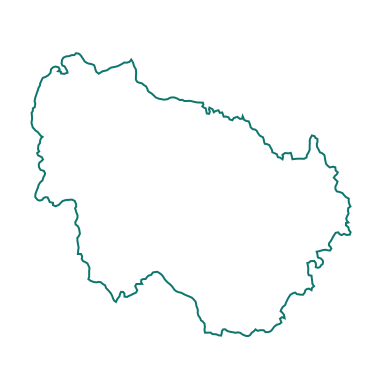 Bambuí, Minas Gerais, Brazil, rotated 265°
{"feature_id": "56859067B81413101351729", "entity_name": "Bambuí", "entity_type": "district", "adm_level": 2, "iso_a3": "BRA", "parent_name": "Brazil", "parent_adm1": "Minas Gerais", "projection": "albers", "projection_center": [-45.998, -20.124], "detail": "fine", "context": "isolated", "style": "outline", "palette": "teal", "viewbox_px": 384, "rotation_deg": 265, "n_neighbors": 0, "source": "geoboundaries", "source_scale": "gbopen_adm2", "svg_char_len": 5910}
<svg xmlns="http://www.w3.org/2000/svg" viewBox="0 0 384 384"><g transform="rotate(265 192 192)"><path d="M316.1,51.7L313.4,50.2L311.4,49.8L309.1,48.2L306.5,47.2L304.1,46.0L301.6,45.0L299.9,44.2L298.0,43.6L296.2,43.1L294.1,43.6L292.3,43.3L290.1,42.6L289.2,40.8L286.4,40.4L284.8,39.1L282.2,39.2L278.8,39.1L276.9,38.6L274.7,38.1L272.3,38.6L270.1,39.0L268.5,40.4L266.9,41.4L265.3,43.5L262.9,45.1L261.1,46.3L259.9,47.9L258.4,46.0L256.1,45.1L254.0,44.8L252.2,43.2L250.0,42.6L247.8,42.4L245.7,43.3L244.3,41.1L242.1,41.7L240.8,43.7L239.7,45.5L237.3,46.4L235.9,44.7L234.8,42.8L233.1,41.8L230.1,41.7L227.3,43.0L225.9,46.3L223.1,47.3L221.4,46.5L219.5,45.2L216.5,44.0L214.9,41.7L212.5,39.9L209.6,38.8L207.3,37.6L203.8,35.9L200.7,35.4L198.8,36.6L197.3,37.9L196.7,39.8L197.3,42.2L198.9,43.5L199.6,45.7L199.2,47.7L196.8,48.6L194.4,49.4L193.3,52.6L191.0,52.4L189.7,54.8L190.8,58.3L192.6,60.2L194.3,62.3L195.0,65.8L194.9,69.5L194.9,71.8L193.3,74.4L189.9,75.5L187.5,75.4L186.0,74.1L184.0,74.6L181.3,75.1L178.9,75.9L176.4,75.7L174.0,74.4L172.2,73.1L169.8,73.2L167.9,75.3L165.4,76.3L160.2,76.7L157.8,75.3L156.3,73.8L153.3,73.6L150.1,73.9L146.4,74.2L143.6,73.5L140.2,72.9L139.9,76.0L137.6,77.0L134.9,76.3L132.6,77.5L131.5,79.5L130.0,81.6L127.3,82.6L125.0,83.3L122.7,82.7L116.8,82.2L114.2,81.2L112.4,83.3L110.9,86.2L110.3,89.0L110.6,91.2L110.0,93.4L107.9,95.4L106.6,97.3L103.9,98.0L100.6,100.6L97.8,102.5L95.2,103.5L92.7,104.1L90.6,105.0L89.1,106.7L92.2,108.5L94.3,110.6L96.7,111.4L98.7,112.6L98.4,114.7L96.9,115.8L93.7,115.6L93.1,118.2L94.0,120.0L94.5,121.9L95.6,124.3L96.5,127.3L98.8,128.9L101.4,127.9L103.2,127.2L105.2,128.6L105.0,131.4L104.8,134.3L106.9,133.4L109.0,133.9L109.5,135.9L109.4,138.2L111.3,139.9L112.5,141.4L113.0,144.1L115.2,146.0L115.5,148.3L115.5,150.5L114.4,152.1L112.4,154.4L110.1,156.0L108.2,156.8L106.3,158.0L104.0,159.9L101.4,162.6L99.0,164.4L96.2,165.9L94.4,167.8L93.3,170.1L92.5,172.7L90.6,175.4L89.4,177.7L88.4,179.6L86.8,182.6L84.9,184.3L82.4,186.0L80.1,186.4L78.1,186.4L75.9,187.2L73.3,187.5L71.3,187.1L68.5,187.5L65.8,189.1L63.4,189.7L62.1,191.4L59.6,193.0L56.4,193.1L53.6,192.4L50.7,192.7L50.5,196.0L50.3,198.4L48.7,199.9L48.1,203.8L46.9,206.2L46.4,208.4L48.5,209.3L50.6,209.6L52.4,211.0L52.3,213.2L50.4,215.1L49.2,218.5L48.5,221.4L47.9,223.2L48.2,225.5L47.5,227.8L45.8,229.7L44.0,233.0L43.6,235.4L44.3,237.3L46.5,239.1L47.9,241.5L49.6,243.3L48.0,245.2L48.4,248.4L48.0,251.4L46.0,253.0L45.8,255.6L46.3,257.8L47.5,259.5L49.2,260.9L50.8,262.4L52.4,264.9L52.9,267.7L54.2,269.7L56.3,269.1L58.1,268.6L59.5,270.7L58.2,273.3L61.6,272.9L64.1,271.4L65.4,269.9L67.3,270.7L69.6,272.4L71.3,275.0L73.0,275.7L75.0,276.8L77.1,278.1L79.0,279.4L81.1,281.1L82.5,284.2L82.8,286.1L81.2,287.5L80.3,291.0L80.0,293.7L82.0,295.5L84.2,296.3L85.5,298.2L85.4,300.4L83.8,302.5L85.9,303.1L87.5,305.4L89.7,304.0L93.5,303.9L96.1,303.8L98.2,303.8L99.0,301.0L101.2,300.6L103.6,300.9L106.0,301.2L108.5,301.0L111.2,300.7L111.6,302.6L112.8,304.1L112.7,307.7L110.5,309.1L108.5,309.1L106.3,308.8L105.5,310.9L106.1,312.9L107.7,314.1L108.9,315.9L110.9,316.5L112.7,316.1L114.6,314.5L115.8,311.7L118.9,311.5L121.7,311.0L121.9,313.4L122.4,315.7L122.8,317.9L122.8,320.2L122.0,322.4L121.7,324.5L123.5,325.9L125.3,325.1L126.9,323.7L129.0,324.1L130.5,325.5L132.6,327.1L135.1,328.6L137.1,330.2L138.8,331.5L139.1,334.1L137.1,335.4L136.0,337.3L137.1,339.8L135.8,342.0L135.7,345.4L138.1,346.5L140.5,345.0L143.3,344.7L145.4,342.4L147.7,342.7L148.0,345.1L150.0,343.7L152.2,343.3L154.3,344.4L156.9,346.1L159.5,345.7L162.3,346.2L163.8,348.6L165.5,347.9L167.3,347.4L169.4,347.3L171.8,347.6L173.5,344.9L175.5,343.3L177.8,341.8L179.1,339.1L180.0,336.3L182.5,335.1L185.1,335.4L187.2,336.8L189.8,337.9L191.7,336.2L193.9,334.5L195.7,335.9L196.8,337.6L198.9,339.0L200.8,337.0L204.2,336.9L204.9,334.6L204.5,331.4L206.2,329.6L208.4,328.0L211.3,327.6L214.2,327.4L217.3,327.1L219.1,325.3L220.4,322.9L223.5,321.7L226.2,320.5L229.1,320.5L231.4,321.5L234.1,321.5L235.0,319.7L236.9,319.0L237.9,316.4L234.9,314.4L232.8,313.7L230.7,313.7L228.8,313.3L226.3,313.1L223.8,312.9L221.5,311.7L218.8,309.7L216.4,309.1L215.3,306.5L215.6,304.3L215.9,301.6L216.0,298.4L215.9,294.9L219.2,294.5L222.4,293.8L222.1,291.5L222.7,288.0L221.1,285.3L219.0,285.8L216.7,285.0L218.5,282.9L219.2,280.6L222.3,279.8L223.4,277.7L224.6,275.5L227.0,275.3L229.2,274.3L232.0,273.1L233.2,270.8L233.7,268.7L235.8,268.2L238.2,268.0L240.4,267.4L242.1,264.6L244.9,262.8L247.4,261.8L248.8,260.1L249.3,257.9L251.4,256.1L254.8,255.5L257.4,254.7L257.9,252.7L259.2,250.3L263.1,249.1L260.6,248.2L260.7,246.1L262.9,243.7L262.0,240.0L260.0,238.5L261.0,235.8L263.2,234.9L264.1,232.8L264.3,230.1L266.2,229.7L268.6,229.0L268.4,226.6L271.1,225.5L270.6,222.4L269.5,220.7L272.7,219.7L274.5,216.7L272.6,216.1L270.6,216.8L268.4,215.9L268.9,213.6L271.1,213.3L274.1,213.0L275.1,211.1L276.4,209.7L278.1,211.0L280.0,210.7L280.4,207.8L280.8,204.8L281.7,201.8L282.7,198.9L283.1,196.9L283.1,194.5L283.4,192.1L284.6,190.6L284.7,187.8L286.3,185.6L287.6,183.0L288.0,180.7L287.8,178.3L286.6,175.8L286.4,172.3L287.1,169.7L288.0,166.7L289.4,164.1L291.8,162.1L294.0,160.0L295.2,158.2L296.6,156.9L298.8,156.5L301.3,155.4L302.8,153.3L304.6,151.6L305.3,149.4L306.4,147.1L308.7,145.9L311.0,146.1L313.2,146.4L316.0,146.8L319.0,146.8L320.9,145.9L322.9,145.1L326.2,144.5L329.2,143.0L327.2,141.2L326.5,138.5L326.9,135.8L325.7,133.5L324.6,130.9L323.7,128.3L323.3,125.3L323.0,122.3L322.0,120.1L320.7,118.1L320.3,115.5L320.1,113.5L319.0,111.4L318.0,109.4L320.0,107.2L322.2,106.5L324.5,106.2L326.9,105.5L328.3,102.8L328.9,100.2L330.1,98.1L331.5,96.4L333.6,95.4L336.1,94.0L337.9,93.0L339.6,91.4L340.4,88.6L338.6,86.7L338.9,84.3L338.1,81.6L338.0,78.2L337.0,75.5L334.7,74.0L331.4,73.3L329.2,74.0L328.3,76.0L326.0,77.1L323.8,78.1L321.7,78.4L320.8,75.0L321.5,71.9L323.3,71.8L324.0,69.2L325.4,70.9L327.8,70.0L328.9,67.0L328.3,64.4L326.6,62.3L323.0,61.4L320.5,58.6L319.3,55.8L318.8,53.4L316.1,51.7Z" fill="none" stroke="#0f766e" stroke-width="2"/></g></svg>